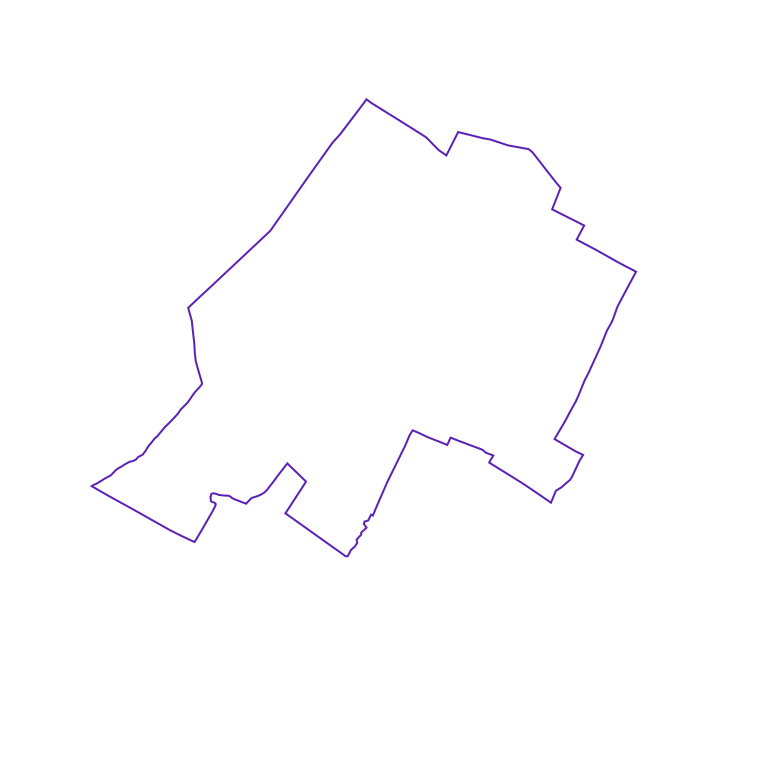 outline of Smulti, Galati, Romania, rotated 42°
{"feature_id": "2599482B3496454590613", "entity_name": "Smulti", "entity_type": "district", "adm_level": 2, "iso_a3": "ROU", "parent_name": "Romania", "parent_adm1": "Galati", "projection": "mercator", "projection_center": [27.744, 45.908], "detail": "fine", "context": "isolated", "style": "outline", "palette": "violet", "viewbox_px": 768, "rotation_deg": 42, "n_neighbors": 0, "source": "geoboundaries", "source_scale": "gbopen_adm2", "svg_char_len": 3009}
<svg xmlns="http://www.w3.org/2000/svg" viewBox="0 0 768 768"><g transform="rotate(42 384 384)"><path d="M235.2,655.5L246.1,653.2L257.0,650.8L280.4,645.3L307.7,639.2L323.3,635.7L336.9,631.9L349.0,628.2L346.2,613.9L344.5,606.1L341.7,593.1L340.7,589.1L340.0,586.9L339.4,586.5L339.4,586.0L339.0,585.7L338.6,585.6L337.6,585.7L336.8,585.9L336.0,586.3L335.5,586.6L334.9,586.7L334.3,586.8L333.7,586.8L331.9,585.2L331.4,584.7L331.1,584.4L330.8,584.2L330.5,584.0L330.5,583.9L330.6,583.6L330.4,583.2L329.4,581.7L329.3,581.2L329.3,580.9L330.1,579.8L330.8,579.0L332.9,577.9L333.6,577.6L335.0,577.1L335.6,576.9L336.4,576.4L337.2,575.7L338.8,574.6L339.3,574.2L340.1,573.6L342.9,571.3L344.7,570.5L346.3,570.4L347.7,570.4L350.2,569.6L360.9,565.5L361.6,565.3L361.8,558.3L362.1,556.9L365.1,551.8L366.2,549.4L367.1,546.8L367.8,544.3L367.9,540.5L366.9,527.5L366.5,524.5L365.3,507.7L391.4,508.7L397.3,546.1L405.0,545.2L470.6,537.7L472.3,536.3L470.5,529.4L471.1,524.5L470.4,519.9L467.8,518.1L467.8,511.2L466.5,509.6L467.2,502.5L462.7,501.5L461.6,499.2L463.6,496.0L461.8,489.7L463.4,489.1L463.7,489.1L460.2,479.1L452.7,456.6L452.3,455.5L440.8,415.0L437.4,405.3L436.3,399.3L442.4,397.1L452.6,394.1L465.5,389.2L471.8,387.0L469.4,379.3L477.5,376.3L499.6,367.6L500.8,367.2L501.3,367.0L505.7,366.9L513.1,364.0L514.4,371.1L514.9,371.7L514.9,372.0L553.4,365.1L575.7,362.0L587.5,360.5L586.7,358.2L583.7,349.8L583.2,348.2L585.0,342.1L585.2,340.3L585.5,337.8L586.4,330.8L585.9,327.5L580.7,310.4L579.4,303.5L571.7,305.8L547.6,310.8L543.3,289.8L540.9,280.3L539.5,274.3L538.1,268.3L536.0,261.7L530.7,247.1L528.6,239.0L519.9,211.3L514.0,195.3L512.2,187.2L511.1,183.4L508.8,177.7L505.8,170.5L504.9,167.0L504.0,163.5L499.0,143.4L496.2,131.9L483.4,135.2L475.4,137.2L451.6,142.5L445.2,144.1L439.8,145.5L430.6,147.8L426.7,132.3L392.1,141.7L384.0,120.1L383.2,120.0L375.9,118.9L372.9,118.4L360.3,116.2L355.8,115.4L355.5,115.3L339.5,112.5L336.0,112.5L334.3,112.7L317.3,123.2L316.9,123.5L299.3,131.2L293.0,135.2L270.8,147.0L270.5,147.1L277.4,172.4L268.2,173.6L255.4,172.8L250.3,172.5L243.5,173.6L214.8,178.6L186.2,183.7L180.5,184.2L180.8,186.6L181.9,199.0L182.1,201.6L183.9,222.9L184.2,226.4L184.3,228.0L184.3,230.4L184.3,235.2L184.3,237.2L184.3,239.3L185.0,245.6L189.2,282.1L191.6,301.9L193.1,314.2L194.6,326.4L195.2,331.5L197.0,346.4L190.1,428.5L188.8,442.5L187.5,458.4L195.0,463.2L195.8,463.7L198.2,465.2L198.8,465.6L207.4,473.3L216.2,481.1L222.6,487.5L225.7,490.2L228.7,492.9L235.2,497.1L247.9,504.9L248.7,505.8L249.0,507.2L249.0,507.7L249.0,517.3L250.1,526.2L250.5,528.8L250.0,539.3L250.7,543.9L250.6,553.2L250.0,562.9L250.2,567.3L250.3,570.9L250.5,575.4L250.0,577.2L250.5,585.4L250.5,587.9L251.6,593.7L251.8,596.3L251.9,598.2L250.2,602.6L250.2,606.2L249.4,608.2L249.0,609.1L248.5,609.9L247.0,611.9L245.8,615.4L245.2,617.0L244.7,619.0L243.9,621.8L243.4,623.3L242.8,625.0L242.4,627.0L242.3,627.8L242.1,634.7L240.1,640.1L238.6,645.2L237.2,650.2L236.5,651.6L235.8,653.0L235.5,654.3L235.2,655.5Z" fill="none" stroke="#5b21b6" stroke-width="2"/></g></svg>